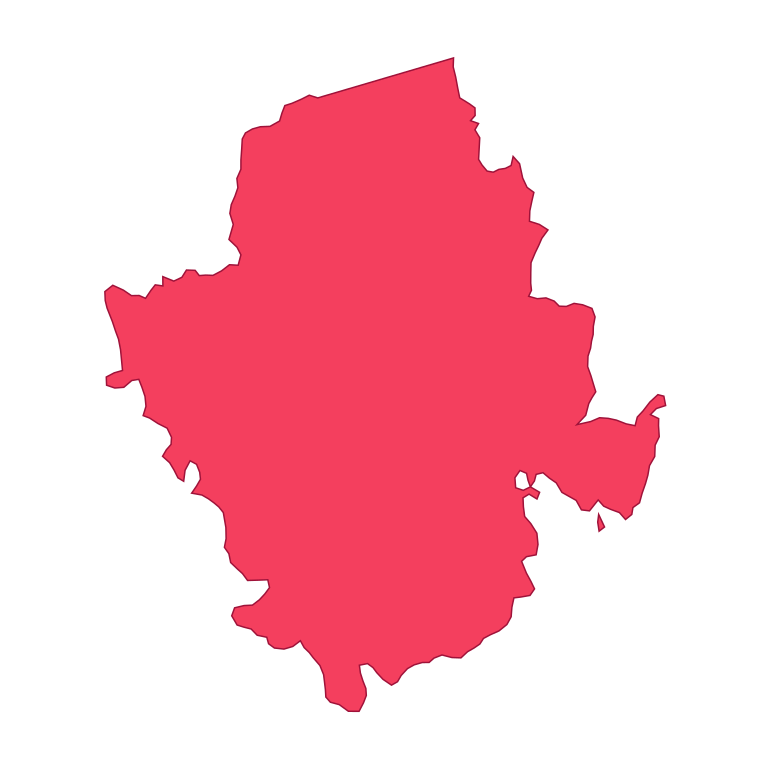 the district of Três Barras, Santa Catarina, Brazil, rotated 182°
{"feature_id": "56859067B37392736639425", "entity_name": "Três Barras", "entity_type": "district", "adm_level": 2, "iso_a3": "BRA", "parent_name": "Brazil", "parent_adm1": "Santa Catarina", "projection": "albers", "projection_center": [-50.264, -26.169], "detail": "fine", "context": "isolated", "style": "filled", "palette": "rose", "viewbox_px": 768, "rotation_deg": 182, "n_neighbors": 0, "source": "geoboundaries", "source_scale": "gbopen_adm2", "svg_char_len": 3634}
<svg xmlns="http://www.w3.org/2000/svg" viewBox="0 0 768 768"><g transform="rotate(182 384 384)"><path d="M366.0,83.3L360.1,86.9L356.7,93.3L350.6,100.4L344.0,104.4L336.0,107.0L329.2,107.3L324.5,111.8L316.6,115.2L306.6,113.0L297.5,113.0L291.1,119.4L284.8,123.3L279.1,127.5L275.7,133.2L268.8,137.2L260.4,141.3L252.8,147.9L248.8,155.8L248.4,165.3L246.7,174.8L239.7,175.9L230.7,177.8L226.4,184.5L230.3,191.9L235.1,200.0L240.3,211.6L235.6,216.4L226.0,218.6L224.5,229.0L226.0,240.2L232.4,249.6L238.8,256.5L240.4,266.2L241.1,275.1L235.2,279.0L227.1,274.4L224.7,281.2L234.1,286.3L230.3,292.3L228.8,299.0L222.0,300.9L215.4,295.7L208.4,291.2L202.4,281.9L196.8,279.0L187.9,274.4L182.3,265.1L174.2,264.4L165.9,275.6L160.2,269.6L153.3,266.7L144.2,263.7L137.9,257.0L131.8,262.3L130.9,269.2L124.5,274.2L122.2,283.9L119.2,293.6L117.1,302.1L115.8,311.7L110.9,321.0L110.9,332.3L107.1,340.9L108.2,352.0L108.3,359.0L116.7,362.7L110.9,369.0L101.8,372.3L103.9,381.6L109.9,382.9L117.6,375.3L124.2,366.1L129.7,359.8L131.6,351.1L140.6,352.6L150.4,356.0L158.7,357.5L167.4,357.8L176.1,353.7L189.8,350.1L181.3,359.8L178.7,371.5L175.7,377.5L172.1,383.6L174.7,391.2L177.5,399.5L181.1,408.5L181.1,418.9L178.8,427.0L178.1,434.0L176.7,440.8L176.8,448.9L175.4,458.4L178.8,466.8L188.2,470.1L196.9,471.2L204.4,467.9L211.6,467.9L216.8,472.8L225.1,475.7L233.8,474.6L242.5,476.7L239.9,482.8L240.9,489.9L241.2,500.7L241.3,510.4L237.5,520.4L234.2,527.9L231.3,535.2L225.5,543.7L234.3,548.9L244.3,551.7L244.3,562.1L242.6,572.0L240.9,580.7L247.9,585.5L252.6,594.7L256.2,608.9L262.9,615.9L264.6,606.8L270.3,603.7L276.7,602.5L282.2,599.5L288.4,600.4L293.7,606.3L297.3,611.8L297.1,623.0L296.9,633.4L302.0,641.2L298.6,647.6L306.7,650.2L302.3,655.5L302.7,663.1L308.3,666.9L318.3,672.6L320.6,682.1L323.1,693.4L325.9,703.3L325.9,712.3L460.2,667.6L468.8,670.0L476.4,665.8L485.8,661.3L492.8,658.8L495.4,651.3L497.5,643.2L506.9,637.5L516.5,636.8L524.4,634.3L531.2,630.1L534.2,623.9L534.4,614.2L534.8,603.0L534.5,593.6L538.2,584.3L536.9,575.0L539.5,566.5L542.9,557.9L544.0,549.1L540.2,538.2L544.0,523.0L535.7,515.6L531.5,508.1L533.9,497.6L542.6,497.8L550.3,491.4L558.7,486.6L566.0,486.6L572.4,485.9L576.7,491.0L585.4,491.0L589.7,483.6L597.7,479.5L608.8,483.6L608.4,474.3L616.1,475.1L620.1,469.6L625.3,461.3L631.8,463.9L639.5,463.5L647.7,468.7L658.5,473.2L666.2,466.6L665.5,457.6L663.4,450.2L657.7,437.1L654.1,427.4L650.9,419.6L648.5,409.1L646.8,396.2L645.8,388.4L653.9,385.8L661.8,381.3L661.2,373.1L652.9,370.6L643.9,371.6L636.2,378.7L629.2,380.1L625.8,372.3L622.4,363.2L621.1,353.4L623.6,344.0L617.1,341.8L608.5,336.6L599.2,332.3L594.5,323.3L594.7,316.2L599.2,310.7L602.8,304.0L595.5,297.9L590.9,290.8L586.6,283.0L580.8,279.8L579.8,290.8L575.1,300.5L568.5,297.2L565.1,289.3L564.1,282.4L567.7,275.6L572.4,268.2L562.1,266.7L555.5,263.2L549.8,259.3L544.8,255.4L540.1,249.9L538.7,243.2L537.0,235.0L536.4,223.9L537.8,215.2L533.1,209.0L531.0,200.2L523.8,193.8L518.8,189.6L513.5,182.9L502.7,183.6L493.3,184.3L491.3,176.5L495.8,170.0L501.0,164.0L507.8,158.4L516.1,157.7L525.5,155.1L528.1,147.0L522.4,138.0L515.5,136.1L508.2,134.5L502.0,128.5L492.3,126.8L490.3,120.4L484.3,116.3L474.7,115.6L466.0,118.5L458.6,124.5L454.6,117.8L449.3,113.0L445.3,108.1L438.2,100.4L434.2,91.4L432.9,83.1L431.9,76.5L431.2,69.1L426.5,64.1L417.5,62.0L408.2,55.7L397.5,56.0L393.4,64.6L390.8,72.1L391.5,79.1L394.7,86.5L397.5,94.3L398.8,102.1L390.7,104.0L385.1,100.2L381.1,95.2L374.7,88.8L366.0,83.3ZM234.1,286.3L241.1,282.6L248.8,284.9L249.9,294.9L245.1,302.3L238.4,299.7L236.7,292.8L234.1,286.3ZM158.6,248.8L164.9,261.1L165.6,253.4L163.9,244.4L158.6,248.8Z" fill="#f43f5e" stroke="#9f1239" stroke-width="1.5"/></g></svg>